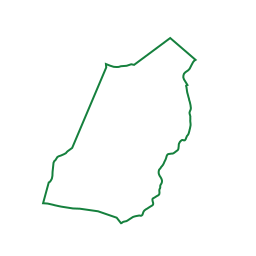 Dennery By Pass/Rocky Lane, Dennery, Saint Lucia (Equal Earth projection), rotated 109°
{"feature_id": "8701671B20173506314249", "entity_name": "Dennery By Pass/Rocky Lane", "entity_type": "district", "adm_level": 2, "iso_a3": "LCA", "parent_name": "Saint Lucia", "parent_adm1": "Dennery", "projection": "equal_earth", "projection_center": [-60.9, 13.915], "detail": "fine", "context": "isolated", "style": "outline", "palette": "green", "viewbox_px": 256, "rotation_deg": 109, "n_neighbors": 0, "source": "geoboundaries", "source_scale": "gbopen_adm2", "svg_char_len": 3322}
<svg xmlns="http://www.w3.org/2000/svg" viewBox="0 0 256 256"><g transform="rotate(109 128 128)"><path d="M220.3,103.6L220.0,103.1L219.4,102.8L218.7,102.3L218.1,101.7L217.7,101.0L217.2,100.3L216.8,99.5L216.3,98.9L215.7,98.4L215.1,97.9L214.4,97.4L213.8,96.9L213.1,96.4L212.5,95.9L211.9,95.4L211.2,94.9L210.6,94.4L210.1,93.8L209.6,93.1L209.1,92.4L208.7,91.7L208.2,90.9L207.8,90.1L207.4,89.5L207.0,88.6L206.9,87.7L206.6,86.9L206.0,86.4L205.3,86.1L204.6,86.1L203.9,86.1L203.2,86.1L202.5,86.1L201.8,86.0L201.1,85.8L200.4,85.5L199.7,85.0L199.1,84.6L198.5,84.1L197.9,83.5L197.3,83.1L196.7,82.6L196.0,82.1L195.4,81.6L194.8,81.1L194.2,80.6L193.5,80.0L192.9,79.6L192.2,79.4L191.5,79.5L190.8,79.8L190.1,80.2L189.5,80.7L188.8,81.1L188.2,81.4L187.4,81.7L186.7,81.6L186.1,81.2L185.5,80.6L184.9,80.1L184.3,79.6L183.6,79.1L183.0,78.6L182.4,78.0L181.8,77.5L181.1,77.1L180.5,76.9L179.8,77.0L179.1,77.1L178.4,77.4L177.7,77.7L177.0,78.0L176.3,78.2L175.6,78.3L174.9,78.1L174.2,78.1L173.5,78.2L172.8,78.5L172.1,78.7L171.4,78.7L170.7,78.6L170.0,78.4L169.2,78.3L168.5,78.3L167.8,78.4L167.0,78.6L166.4,78.9L165.7,79.4L165.1,79.9L164.6,80.4L164.0,81.1L163.5,81.7L163.0,82.4L162.4,83.0L161.8,83.5L161.2,84.0L160.6,84.3L159.9,84.6L159.2,84.8L158.5,84.9L157.8,85.0L157.1,84.9L156.4,84.6L155.7,84.3L155.0,84.1L154.3,84.0L153.6,83.7L152.9,83.4L152.2,83.2L151.4,82.9L150.7,82.8L150.0,82.7L149.2,82.6L148.5,82.6L147.7,82.5L147.0,82.4L146.2,82.3L145.4,82.2L144.7,82.2L144.0,82.2L143.3,82.2L142.5,82.3L141.8,82.3L141.0,82.2L140.3,82.0L139.6,81.5L139.2,80.8L138.8,80.0L138.4,79.2L138.0,78.4L137.7,77.6L137.2,76.9L136.6,76.4L136.0,76.0L135.3,75.5L134.7,75.1L134.0,74.7L133.4,74.2L132.7,73.8L132.0,73.6L131.3,73.6L130.6,73.7L129.9,73.9L129.2,74.0L128.5,74.2L127.8,74.4L127.1,74.6L126.4,74.7L125.6,74.6L125.0,74.5L124.2,74.4L123.6,74.1L122.9,73.8L122.3,73.4L121.7,72.9L121.5,72.0L121.5,71.0L121.1,70.3L120.4,70.0L119.6,69.8L118.9,69.8L118.2,69.8L117.5,69.7L116.7,69.7L116.0,69.5L115.3,69.2L114.6,69.0L113.9,68.9L113.1,68.9L112.4,68.9L111.7,69.0L110.9,69.0L110.2,69.1L109.5,69.2L108.8,69.2L108.1,69.3L107.3,69.4L106.6,69.5L105.9,69.6L105.2,69.7L104.5,69.9L103.8,70.2L103.0,70.5L102.3,70.9L101.6,71.2L100.9,71.5L100.3,71.7L99.5,71.9L98.9,72.1L98.2,72.4L97.5,72.6L96.8,72.8L96.2,73.2L95.5,73.6L94.9,74.1L94.2,74.5L93.6,74.8L92.8,74.9L92.1,74.9L91.4,74.9L90.7,74.8L90.0,74.8L89.3,74.9L88.6,75.1L87.9,75.4L87.2,75.8L86.5,76.1L85.8,76.5L85.1,76.9L84.5,77.3L83.8,77.7L83.2,78.1L82.5,78.6L81.9,79.1L81.2,79.5L80.6,79.8L79.9,80.3L79.2,80.8L78.5,81.3L77.8,81.7L77.1,82.2L76.5,82.6L75.8,83.1L75.2,83.5L74.5,83.9L73.9,84.2L73.2,84.6L72.5,84.9L71.8,85.3L71.2,85.6L70.5,85.9L69.9,86.4L69.2,86.8L68.7,86.6L68.0,85.8L66.5,87.6L63.8,90.9L62.1,92.2L60.2,92.7L58.4,92.7L56.6,91.9L53.9,89.9L51.9,89.0L48.2,88.5L44.5,87.9L42.7,87.2L41.6,86.3L29.2,117.4L66.3,142.8L66.7,145.7L69.6,149.5L71.9,154.8L73.3,156.7L74.1,158.8L74.8,161.4L74.9,165.2L74.7,169.7L77.8,168.3L165.0,174.3L169.9,177.7L172.1,178.6L173.8,180.2L176.0,182.6L177.1,184.1L178.4,185.3L182.1,186.2L183.3,186.9L185.1,187.1L194.2,185.0L197.8,183.9L200.7,183.5L203.0,183.9L204.4,184.4L205.3,185.2L226.8,183.8L225.9,180.5L225.6,179.3L225.0,173.9L224.9,172.2L224.3,167.1L224.2,166.5L224.1,165.6L222.1,154.5L222.0,153.9L220.0,147.3L216.5,129.2L216.5,109.5L220.3,103.6Z" fill="none" stroke="#15803d" stroke-width="2"/></g></svg>